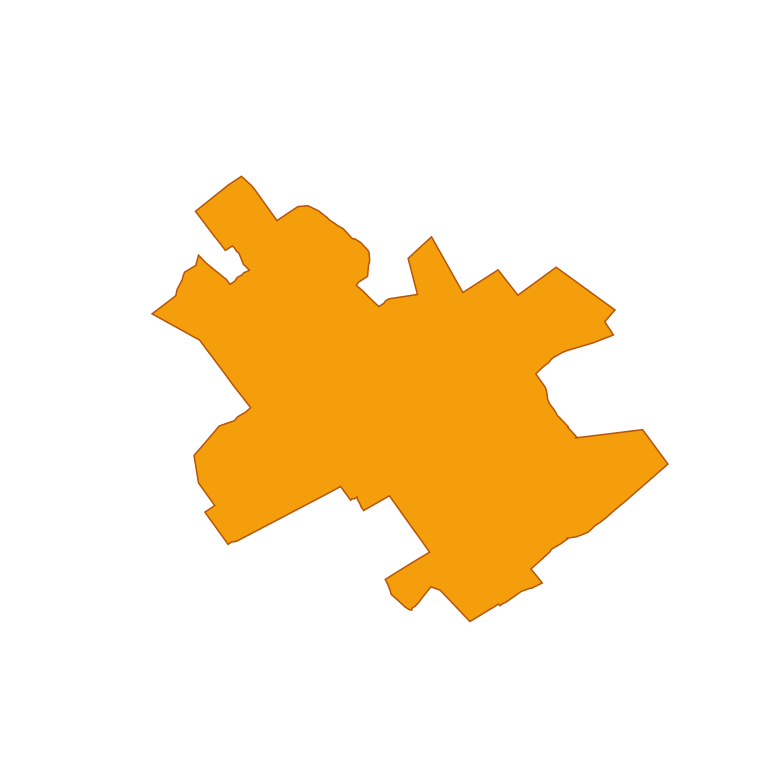 Suma, Yucatán, Mexico, rotated 319°
{"feature_id": "50627088B85227012924618", "entity_name": "Suma", "entity_type": "district", "adm_level": 2, "iso_a3": "MEX", "parent_name": "Mexico", "parent_adm1": "Yucatán", "projection": "equal_earth", "projection_center": [-89.152, 21.109], "detail": "fine", "context": "isolated", "style": "filled", "palette": "amber", "viewbox_px": 768, "rotation_deg": 319, "n_neighbors": 0, "source": "geoboundaries", "source_scale": "gbopen_adm2", "svg_char_len": 2727}
<svg xmlns="http://www.w3.org/2000/svg" viewBox="0 0 768 768"><g transform="rotate(319 384 384)"><path d="M516.4,304.1L484.6,305.0L468.0,338.4L467.9,338.3L444.0,323.2L439.9,322.2L437.0,323.0L430.9,322.2L429.6,309.3L429.1,299.7L427.7,291.7L431.5,290.4L442.2,292.0L449.9,284.5L454.1,281.6L458.9,275.2L459.6,272.5L459.2,261.9L457.1,255.0L455.5,253.7L455.1,240.2L454.8,239.1L452.8,233.8L452.4,231.6L452.0,229.7L451.5,228.3L450.8,225.7L450.3,223.8L450.3,221.0L449.4,216.7L448.2,210.4L443.5,199.5L435.4,193.6L410.4,190.4L414.0,152.9L414.2,147.6L412.6,133.7L397.4,131.7L355.0,130.0L353.5,152.6L352.9,160.5L352.9,160.8L352.5,171.2L352.0,177.2L351.9,179.1L360.1,180.4L360.4,182.8L359.8,187.6L360.4,189.9L356.3,201.9L356.6,203.0L357.1,209.8L353.5,208.9L351.5,208.0L348.6,208.5L343.1,207.3L338.8,208.5L333.2,207.8L333.6,201.6L329.2,176.8L328.5,165.1L319.8,171.0L307.0,168.8L303.6,170.4L300.1,172.9L289.8,176.9L284.9,180.7L280.6,180.5L255.0,178.9L268.7,216.4L271.6,224.6L273.6,229.4L273.0,238.6L272.8,240.2L272.3,248.5L271.7,255.8L271.2,263.9L270.6,271.4L269.2,287.7L268.5,302.8L267.8,314.4L261.1,314.4L252.1,312.7L247.1,313.5L232.2,307.6L205.0,311.7L193.8,313.2L179.1,337.0L176.9,360.5L176.5,364.6L164.8,363.2L161.1,402.8L165.3,403.1L167.1,404.6L170.1,406.1L269.3,429.6L284.0,432.9L283.4,439.7L282.6,449.9L284.2,449.6L286.2,451.2L289.5,451.7L288.1,454.1L287.2,458.9L286.1,461.5L285.9,464.2L285.9,465.5L285.6,466.1L311.5,471.3L314.7,471.9L314.6,473.2L312.9,490.7L312.4,495.6L310.9,511.5L309.4,528.3L308.0,540.8L286.5,537.0L280.0,536.0L265.9,533.7L256.7,532.3L254.9,539.2L253.1,543.9L251.4,547.6L252.5,555.8L252.5,556.3L253.7,566.3L254.8,570.4L255.4,571.3L256.5,572.8L258.7,571.5L261.7,572.2L266.9,571.6L272.9,570.3L286.3,567.9L291.1,576.4L293.0,619.6L322.4,624.7L326.0,625.2L326.0,627.4L330.4,627.8L332.6,628.7L351.6,630.6L359.3,633.6L361.9,635.1L372.9,638.0L373.4,626.5L373.5,620.0L374.4,620.0L374.6,620.0L392.2,619.7L395.6,619.6L398.6,619.6L402.2,618.6L412.2,620.5L420.9,621.3L421.0,620.5L424.5,622.7L429.0,625.6L437.7,628.8L441.5,629.8L450.8,629.4L456.2,630.2L463.5,630.6L472.5,630.5L481.5,630.6L488.4,630.8L545.8,630.7L549.2,588.1L493.3,550.4L493.6,550.3L493.8,550.3L494.0,550.3L494.6,550.3L494.3,537.3L495.0,537.1L494.5,526.2L494.5,524.0L494.2,522.6L494.2,521.1L494.5,519.8L495.1,517.7L495.5,515.1L495.7,511.9L495.9,509.2L496.1,507.1L496.5,506.0L497.2,503.5L498.2,501.7L500.2,498.9L502.2,495.7L503.2,493.3L503.7,491.0L504.2,485.9L504.7,481.0L505.3,475.9L508.0,475.8L512.6,475.6L514.5,475.5L516.3,475.5L519.3,475.6L521.2,475.9L528.3,475.0L539.3,477.2L544.2,478.9L568.5,490.0L589.3,497.5L591.5,481.8L606.9,479.7L590.5,408.8L543.3,404.8L545.0,372.7L503.5,366.7L516.4,304.1Z" fill="#f59e0b" stroke="#b45309" stroke-width="1.5"/></g></svg>